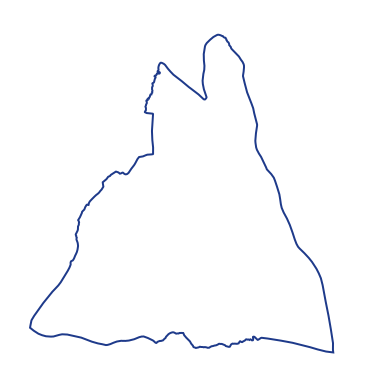 the district of Mueang Suang, Roi Et, Thailand, rotated 274°
{"feature_id": "78962969B6279300393113", "entity_name": "Mueang Suang", "entity_type": "district", "adm_level": 2, "iso_a3": "THA", "parent_name": "Thailand", "parent_adm1": "Roi Et", "projection": "orthographic", "projection_center": [103.763, 15.789], "detail": "fine", "context": "isolated", "style": "outline", "palette": "blue", "viewbox_px": 384, "rotation_deg": 274, "n_neighbors": 0, "source": "geoboundaries", "source_scale": "gbopen_adm2", "svg_char_len": 5776}
<svg xmlns="http://www.w3.org/2000/svg" viewBox="0 0 384 384"><g transform="rotate(274 192 192)"><path d="M45.3,39.9L42.6,43.8L39.9,48.7L38.7,52.4L37.9,56.4L37.9,61.3L38.2,63.9L40.3,69.8L41.0,72.4L41.1,77.6L39.0,91.7L35.7,102.6L34.4,108.7L33.9,113.0L33.3,116.8L33.6,118.5L34.6,121.2L36.1,124.1L37.6,127.5L38.6,131.6L38.8,135.8L39.4,139.4L41.1,144.6L43.5,149.5L44.3,151.9L44.5,153.9L43.3,158.1L41.3,163.1L40.8,164.0L39.4,165.7L39.1,166.2L38.9,166.8L39.0,167.0L39.3,167.4L40.1,168.0L41.1,170.1L41.2,170.3L41.2,171.4L41.4,171.7L41.9,173.3L42.1,173.5L42.5,173.8L42.8,174.1L43.8,174.9L44.3,175.6L44.9,175.9L45.8,176.2L47.6,177.7L48.4,178.3L48.9,178.9L49.8,180.2L50.0,180.6L50.6,182.1L50.7,183.1L50.7,183.5L50.3,184.6L49.7,185.8L49.6,186.2L49.8,186.8L49.9,187.5L49.9,188.5L50.0,188.7L50.3,189.0L50.5,189.3L50.5,189.8L50.7,191.3L50.7,193.1L49.8,193.6L48.4,194.3L47.6,195.2L46.5,196.2L42.8,200.4L40.6,201.8L38.8,203.6L37.6,204.2L37.3,204.6L37.0,206.0L36.7,206.6L36.7,206.8L37.5,209.5L38.2,210.7L38.0,211.8L38.1,213.8L37.9,214.5L38.1,215.3L38.2,215.7L38.0,217.4L37.7,218.5L37.8,219.6L37.8,219.8L39.4,222.1L39.5,222.5L39.8,223.7L40.4,225.2L40.7,226.6L41.5,228.2L42.4,229.4L42.5,229.7L42.4,231.1L42.5,232.0L42.5,232.4L41.5,235.5L41.3,235.8L40.7,236.4L40.4,237.8L40.1,239.4L40.2,240.3L40.3,240.5L40.7,240.7L42.6,241.6L43.5,242.8L43.6,243.1L43.5,244.0L43.7,245.0L43.7,247.5L44.0,248.3L44.1,248.6L44.2,249.0L45.9,249.9L46.4,250.3L46.4,250.6L46.4,250.8L45.9,251.5L45.8,251.8L45.8,252.4L45.8,252.6L46.4,253.3L46.9,254.1L47.8,255.4L48.6,256.0L48.8,256.3L48.8,257.0L48.6,257.5L48.8,258.6L48.8,258.8L48.5,259.4L48.4,259.6L48.5,259.7L48.8,260.0L49.0,260.4L49.1,260.7L48.8,261.2L48.2,262.1L48.2,262.4L48.3,262.9L48.4,263.1L49.3,263.3L50.0,263.3L50.8,263.0L51.3,263.0L51.7,263.0L51.9,263.3L52.0,263.8L51.8,264.5L49.1,267.7L49.2,268.2L49.4,268.6L51.1,270.8L51.4,271.5L51.4,272.4L51.3,273.8L51.1,277.7L49.9,291.3L48.6,302.8L45.4,320.7L43.7,328.4L42.2,336.9L41.8,344.1L44.5,343.6L51.1,343.2L64.7,340.1L78.1,336.8L91.6,333.1L108.2,328.8L114.9,326.6L119.8,324.1L124.1,321.5L130.6,316.6L134.4,313.1L138.8,308.4L143.1,303.3L144.8,301.6L147.6,299.8L151.9,297.8L158.6,295.1L165.9,291.9L172.1,288.6L177.9,284.9L182.4,282.6L186.0,281.5L191.2,280.4L195.8,279.3L203.3,276.4L209.1,274.0L212.0,272.6L215.4,269.8L219.8,265.1L221.7,264.2L231.8,258.5L235.0,256.1L238.7,253.8L240.9,252.9L245.5,251.9L247.5,251.6L255.0,251.7L262.7,252.3L264.0,252.2L274.8,248.6L279.8,247.2L284.3,245.2L295.3,240.0L304.4,236.9L311.1,234.8L312.1,234.8L315.8,235.1L319.9,235.2L321.9,235.0L323.3,234.5L325.5,233.2L327.2,231.7L330.5,229.3L337.4,221.6L338.4,220.9L339.5,220.5L341.1,218.9L341.6,218.8L342.1,218.8L343.7,218.0L344.6,216.7L345.4,216.3L345.9,215.8L346.6,215.7L347.4,215.0L348.0,214.8L348.2,214.6L348.3,213.6L348.5,213.2L348.8,212.7L349.3,212.1L349.7,211.8L349.7,211.6L349.8,210.9L350.1,210.3L350.5,209.0L350.7,207.9L350.7,207.0L350.5,206.3L350.0,205.4L348.1,202.5L345.2,199.5L341.7,196.4L339.8,195.3L338.3,194.8L330.4,194.1L324.0,194.7L318.8,195.6L314.7,195.7L310.6,195.1L303.8,194.8L300.4,195.3L295.3,196.7L287.6,199.9L286.8,199.7L286.4,199.5L285.3,198.6L285.2,198.2L285.2,197.7L285.4,197.1L289.8,191.7L295.0,183.8L296.4,181.6L301.9,174.0L307.7,165.3L310.6,162.1L313.3,159.4L316.9,156.3L317.9,154.9L318.6,153.2L318.8,152.3L318.8,151.9L318.6,151.5L317.9,151.0L316.8,150.4L315.4,150.0L314.2,149.8L313.2,149.8L311.5,150.1L311.3,150.1L310.4,149.4L309.8,149.3L309.6,149.3L309.3,149.6L309.4,150.6L309.3,151.2L309.1,151.4L308.9,151.6L308.4,151.6L308.0,151.4L307.8,151.0L307.8,149.7L307.6,148.7L306.6,148.5L306.2,148.2L305.5,147.0L305.1,146.6L304.8,146.6L304.7,146.6L304.3,147.5L304.1,147.7L303.4,147.6L302.4,147.1L300.4,146.7L299.6,146.6L299.1,146.5L298.3,146.0L297.8,145.1L297.6,145.0L297.4,144.9L296.2,145.3L295.8,145.4L294.9,145.4L294.5,145.3L293.8,144.9L293.5,144.9L291.6,145.0L290.3,145.5L290.0,145.5L289.4,145.2L288.6,145.4L288.2,145.4L287.6,144.8L286.5,144.7L286.3,143.8L286.1,143.7L285.6,143.6L285.1,143.4L284.6,143.4L283.5,143.0L283.3,142.8L282.9,142.3L282.3,142.5L282.1,142.5L282.0,142.4L282.1,141.7L281.7,141.2L281.4,141.1L280.6,141.3L280.5,141.1L280.4,140.5L280.1,140.2L279.8,140.1L279.6,140.1L279.2,140.4L278.7,140.6L277.5,140.7L277.2,140.6L276.0,140.1L275.0,140.0L274.0,139.6L273.6,139.7L272.6,140.2L270.5,140.3L270.1,140.2L269.4,139.7L268.5,139.4L268.3,139.5L267.6,141.3L267.4,147.1L267.3,147.5L266.8,147.7L250.1,147.8L241.1,148.8L233.6,150.1L227.3,150.5L227.0,150.3L226.7,149.1L226.1,144.8L225.4,143.2L224.1,140.6L223.2,136.8L221.2,135.4L216.3,133.2L214.8,132.4L210.9,129.8L207.2,127.7L206.8,127.5L206.0,126.7L205.4,126.0L205.1,125.2L205.0,124.4L205.1,123.9L205.4,123.2L206.4,121.9L206.5,121.6L206.3,120.9L205.8,120.2L205.4,119.3L205.3,118.7L206.0,117.8L206.4,117.2L207.0,115.0L207.0,114.6L203.4,109.8L202.3,109.1L201.3,107.3L198.9,105.8L195.5,102.3L195.2,102.3L191.1,103.2L190.9,103.1L188.2,101.7L187.3,101.0L186.6,100.4L185.0,99.4L183.7,98.2L182.4,96.7L180.6,95.0L177.8,92.6L175.6,90.8L175.1,90.5L174.1,90.1L173.7,89.9L171.9,89.7L171.8,89.4L172.1,88.5L172.0,88.3L172.0,88.1L171.9,87.9L171.5,87.6L169.6,86.6L167.0,85.8L165.2,84.2L164.4,83.7L163.4,83.6L162.9,83.4L159.1,82.0L156.0,80.4L155.7,80.5L155.0,81.1L154.3,81.3L154.1,81.4L153.8,81.5L153.1,81.3L152.3,81.4L151.9,81.4L150.9,81.2L149.7,80.7L146.8,80.8L146.1,80.7L145.3,80.5L143.4,79.7L142.8,79.5L142.0,79.1L141.4,79.0L141.2,79.0L140.1,79.6L139.4,79.6L139.2,79.7L138.6,80.2L138.4,80.2L137.0,80.0L136.2,80.2L133.8,81.3L132.9,81.6L130.3,82.1L128.8,82.0L126.4,81.8L124.0,81.3L121.8,80.5L120.4,79.9L117.9,79.1L116.5,78.5L115.5,77.9L114.7,76.6L114.5,76.3L114.3,76.1L113.6,75.9L112.9,75.8L111.1,76.0L108.2,75.1L104.8,73.6L92.9,67.4L89.5,65.2L82.8,59.7L70.9,51.4L57.5,43.2L53.6,41.2L52.7,40.8L47.3,40.1L45.3,39.9Z" fill="none" stroke="#1e3a8a" stroke-width="2"/></g></svg>